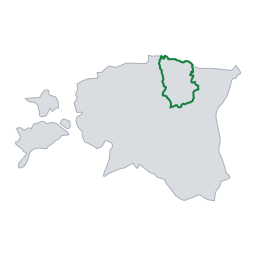 location of Lääne-Viru within Estonia
{"feature_id": "EST-1658", "entity_name": "Lääne-Viru", "entity_type": "County", "adm_level": 1, "iso_a3": "EST", "parent_name": "Estonia", "parent_adm1": "", "projection": "orthographic", "projection_center": [26.348, 59.26], "detail": "fine", "context": "in_parent", "style": "outline", "palette": "green", "viewbox_px": 256, "rotation_deg": 0, "n_neighbors": 0, "source": "natural_earth", "source_scale": "10m", "svg_char_len": 4411}
<svg xmlns="http://www.w3.org/2000/svg" viewBox="0 0 256 256"><path d="M214.6,200.4L213.6,200.6L208.5,199.8L202.8,197.1L200.3,195.0L197.8,195.1L194.9,196.5L184.3,200.5L181.7,199.6L175.7,195.7L172.6,191.4L165.9,183.0L165.3,181.0L164.4,179.3L157.2,177.2L154.6,174.1L152.4,173.6L149.2,172.0L140.8,165.3L138.8,164.6L138.2,165.7L138.3,167.3L137.8,168.2L136.7,168.1L134.8,165.7L132.5,163.5L125.2,167.4L122.5,168.4L120.2,168.6L108.5,173.6L104.9,176.4L103.5,176.0L103.9,173.3L109.1,160.0L110.2,149.3L112.0,147.9L112.6,146.4L111.9,143.0L107.0,140.7L105.0,140.9L103.1,144.6L101.2,147.1L96.8,148.6L93.1,145.7L84.5,141.7L82.5,136.6L82.1,131.6L77.7,126.6L76.0,120.8L77.0,116.9L81.2,114.5L82.5,112.2L77.3,112.4L76.2,111.8L76.1,109.8L74.1,102.7L76.2,100.1L77.2,97.4L75.7,95.1L76.2,92.5L77.6,90.0L77.1,83.9L82.4,80.9L87.4,78.9L98.0,78.1L97.2,72.5L101.4,72.4L108.8,66.0L115.9,67.4L126.2,63.1L146.0,63.5L148.7,60.9L148.3,58.2L148.4,55.4L152.1,56.2L158.2,55.8L181.4,61.4L187.2,61.4L195.1,67.0L199.4,68.4L212.0,68.3L231.5,70.4L235.3,66.5L235.6,65.5L237.5,67.6L240.0,71.0L240.6,72.9L239.9,74.1L237.6,75.1L237.0,76.2L236.1,78.0L233.3,78.4L231.9,79.8L230.4,85.7L227.3,95.4L222.7,102.9L218.9,107.0L217.2,110.1L216.2,113.8L216.0,117.6L220.1,138.0L220.1,141.7L219.3,145.5L218.7,149.3L219.3,152.7L221.9,158.4L224.7,166.8L225.9,172.3L227.7,174.2L229.4,175.7L229.8,176.6L229.8,177.5L228.9,178.6L221.2,181.6L220.3,184.1L219.5,186.8L216.2,190.8L215.2,194.6L214.6,198.9L214.6,200.4ZM44.1,121.8L46.5,123.6L48.9,123.2L51.3,122.2L56.4,123.5L67.8,132.5L68.8,134.8L61.7,135.5L59.9,138.0L58.2,139.7L56.1,140.2L52.5,143.6L47.7,146.8L46.7,148.8L38.3,148.0L33.6,149.0L29.7,152.7L27.7,160.1L24.7,165.7L21.8,167.7L18.8,167.8L18.3,165.6L18.7,163.4L25.3,155.5L26.7,152.9L23.8,151.6L21.5,148.5L16.2,144.8L15.4,142.1L16.7,141.9L17.9,141.2L19.6,139.1L20.4,136.5L16.5,128.7L18.8,127.6L21.6,128.1L24.3,130.5L27.6,128.1L28.9,127.8L31.1,128.9L33.6,124.0L38.9,122.6L41.6,121.3L44.1,121.8ZM55.7,108.3L52.6,111.5L51.0,110.1L50.2,108.4L46.0,115.9L41.6,116.9L39.3,115.3L39.6,112.4L37.7,104.8L34.1,102.4L29.0,101.8L25.4,98.5L39.9,97.3L41.6,93.8L44.8,90.2L47.0,89.9L48.8,90.9L49.0,93.8L49.4,95.0L55.8,97.0L58.1,102.0L58.8,108.0L55.7,108.3ZM69.8,128.0L66.8,128.6L60.0,123.4L61.8,120.1L63.8,118.9L69.7,121.2L70.3,126.3L69.8,128.0Z" fill="#d9dde1" stroke="#a8b0b8" stroke-width="1"/><path d="M159.7,59.8L160.0,59.8L160.6,59.2L161.1,58.1L160.8,57.7L161.3,56.1L162.1,56.6L162.9,57.9L163.5,58.6L164.2,58.4L164.3,58.0L164.1,57.4L164.2,56.8L164.6,56.1L165.0,55.9L165.5,56.0L166.7,56.6L168.0,58.0L168.2,58.6L168.2,59.1L168.6,59.2L175.1,59.1L175.8,59.4L177.2,60.3L179.4,60.8L181.3,62.0L182.7,62.4L183.5,62.4L184.1,62.2L185.3,61.2L185.8,61.0L187.2,61.1L188.6,61.5L189.9,62.3L191.1,63.3L192.6,64.9L192.6,65.0L192.2,66.0L192.1,66.5L192.1,66.8L192.2,67.2L192.8,68.5L193.0,69.3L192.9,70.1L193.1,71.6L192.9,72.1L192.3,71.5L192.1,71.3L191.8,71.3L191.6,71.5L191.4,71.8L191.2,72.0L191.4,73.4L190.8,74.0L190.2,74.5L190.2,74.9L190.5,75.3L190.8,75.4L191.1,75.4L191.4,75.3L192.9,75.6L193.2,75.7L193.3,76.1L193.0,76.9L191.5,79.9L191.3,81.5L191.8,82.3L192.3,82.7L192.5,82.7L194.9,81.9L195.3,83.7L195.5,84.3L196.2,85.0L196.7,85.2L197.7,85.3L198.1,85.7L198.3,86.0L198.0,88.0L198.3,88.5L198.4,89.1L198.3,89.5L198.0,89.6L196.1,89.9L193.8,91.4L193.5,91.8L193.4,92.8L193.5,96.7L193.9,97.6L193.9,98.1L193.6,98.4L193.1,99.0L192.9,99.5L192.8,100.0L192.8,100.5L192.7,100.8L192.4,101.1L191.4,101.5L190.1,102.5L189.2,102.5L188.8,102.5L186.9,103.3L185.5,104.1L185.0,104.2L184.3,104.1L183.8,103.8L183.1,103.7L181.4,105.0L181.4,106.1L181.3,106.4L181.2,106.7L179.7,107.4L177.8,106.7L176.9,105.3L176.3,105.1L175.6,105.3L173.5,106.5L170.6,107.3L170.7,106.5L170.9,105.6L171.0,105.0L171.0,104.5L171.0,103.8L170.9,103.1L170.4,101.7L170.0,100.8L169.3,100.1L168.3,98.6L167.5,98.3L166.6,96.4L166.2,96.1L165.4,96.0L164.5,95.6L164.0,95.5L163.1,95.5L162.8,95.4L162.7,95.0L163.0,93.7L163.1,92.4L164.2,91.1L164.7,90.1L165.6,88.8L165.9,87.2L164.6,86.7L163.7,86.0L163.6,85.5L163.9,84.7L163.4,83.9L162.9,82.8L162.6,82.6L162.5,82.4L162.4,82.2L162.4,81.8L162.7,81.2L162.8,80.7L162.7,80.5L163.3,79.9L163.4,79.3L163.3,78.9L162.7,75.4L162.4,74.6L162.1,73.9L161.9,73.3L161.7,72.6L161.7,72.0L161.6,71.2L161.6,70.7L161.6,70.2L161.5,69.8L160.4,69.0L160.1,68.5L160.1,68.1L159.8,65.3L159.4,64.7L159.2,64.4L158.9,63.6L158.9,63.2L158.9,62.8L159.5,62.0L159.7,61.7L159.7,60.1L159.7,59.8Z" fill="none" stroke="#15803d" stroke-width="2"/></svg>